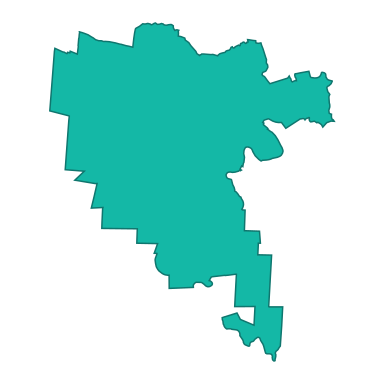 Vanatori, Vrancea, Romania
{"feature_id": "2599482B46721958149963", "entity_name": "Vanatori", "entity_type": "district", "adm_level": 2, "iso_a3": "ROU", "parent_name": "Romania", "parent_adm1": "Vrancea", "projection": "orthographic", "projection_center": [27.293, 45.717], "detail": "fine", "context": "isolated", "style": "filled", "palette": "teal", "viewbox_px": 384, "rotation_deg": 0, "n_neighbors": 0, "source": "geoboundaries", "source_scale": "gbopen_adm2", "svg_char_len": 5869}
<svg xmlns="http://www.w3.org/2000/svg" viewBox="0 0 384 384"><path d="M169.2,288.4L193.4,287.4L193.3,286.2L193.4,284.9L194.1,283.9L195.3,282.7L196.1,282.3L201.2,282.4L202.1,282.8L204.2,284.4L205.5,285.7L206.4,286.3L207.6,286.7L208.7,286.7L209.8,286.5L211.5,285.5L212.1,284.8L212.3,284.3L212.4,283.8L212.2,282.9L211.7,282.1L210.9,281.4L210.1,280.8L209.2,280.6L211.2,277.1L211.5,277.0L212.6,276.7L224.8,275.3L225.1,275.5L228.9,275.1L235.9,274.2L236.4,274.3L234.7,306.6L255.0,306.5L254.0,325.2L240.5,319.5L240.3,319.3L237.0,313.0L222.2,317.6L222.3,319.6L222.9,321.1L223.1,321.9L223.0,322.2L223.2,322.8L223.2,323.9L223.9,325.2L224.3,326.5L225.2,327.7L226.4,328.8L227.0,329.0L227.8,328.8L230.7,328.8L231.8,329.3L236.6,329.9L238.0,330.6L238.6,331.1L239.4,332.3L239.7,333.1L239.9,334.1L239.9,335.7L242.7,339.8L243.4,341.6L243.4,342.4L244.3,344.1L245.2,344.8L248.0,346.0L249.0,346.2L249.5,345.9L249.8,345.2L249.8,344.1L250.0,343.2L250.4,342.7L251.4,341.8L251.9,341.6L252.6,341.6L253.6,341.0L255.0,339.2L257.0,337.7L257.8,337.3L258.4,337.3L259.5,337.8L259.9,338.3L260.6,340.4L262.9,344.1L263.7,346.2L265.2,351.8L265.7,353.2L266.9,353.8L269.6,353.8L270.9,354.1L271.5,354.4L272.2,355.6L272.4,356.2L272.2,357.4L272.6,359.8L273.5,360.7L274.0,361.0L274.5,360.9L275.0,360.7L275.1,360.3L275.1,359.0L275.4,358.3L275.8,356.3L275.8,354.4L275.5,353.8L275.3,353.3L275.3,352.9L276.0,351.3L277.5,350.1L278.1,349.4L279.2,347.5L280.3,346.1L281.7,325.7L282.7,306.9L269.1,306.9L268.7,306.5L271.6,255.1L257.8,254.8L258.3,244.5L258.3,243.2L260.4,243.2L259.5,231.2L244.4,230.7L245.1,210.1L242.4,209.9L241.8,209.3L242.4,208.4L243.1,206.6L243.5,204.9L243.4,202.9L243.2,202.1L242.7,200.7L241.6,199.0L241.0,197.5L240.9,197.1L239.8,196.6L239.2,196.0L237.7,193.7L236.2,192.0L235.7,191.6L235.0,191.3L234.7,191.0L234.7,189.5L234.4,188.5L234.1,187.4L232.7,184.6L231.5,179.8L231.1,179.4L228.1,178.6L227.1,177.9L226.8,177.6L226.6,177.1L226.2,175.8L226.1,175.1L226.1,174.6L226.8,173.4L227.3,172.8L228.4,172.2L230.2,172.0L232.5,172.4L235.2,172.1L238.4,171.2L239.7,170.4L240.1,170.4L240.4,170.7L241.4,170.1L240.0,169.2L241.7,165.9L242.8,166.6L243.2,164.1L243.4,163.2L243.9,162.3L244.5,157.2L243.7,153.7L244.0,150.5L244.9,148.3L245.8,147.3L247.1,147.0L248.2,147.0L250.5,147.9L251.5,148.8L252.1,149.7L252.9,151.8L255.2,155.8L258.8,159.4L260.9,160.9L261.5,160.9L262.4,160.3L266.6,160.0L269.1,159.6L271.1,159.0L272.3,158.4L277.4,157.3L279.8,156.3L281.1,155.4L281.7,154.6L282.1,153.8L282.5,153.2L283.0,151.3L282.9,150.2L282.0,147.6L280.6,145.2L278.0,140.0L275.3,135.7L272.1,132.3L270.6,131.5L268.4,129.8L267.4,129.2L267.9,128.6L267.2,127.8L263.5,124.8L263.4,124.6L263.9,123.1L262.7,122.5L264.0,120.3L264.8,119.9L268.3,118.8L269.4,119.2L272.8,121.1L275.7,122.1L278.2,122.5L281.5,122.5L285.8,128.3L300.3,118.9L301.1,118.9L302.4,118.6L303.7,118.6L304.5,119.1L305.0,119.9L305.8,118.9L306.5,118.4L308.4,117.9L308.9,117.5L309.3,117.6L309.4,118.0L309.2,119.5L309.3,120.1L310.0,121.4L310.7,121.9L312.1,121.7L314.2,121.2L314.6,121.3L316.9,122.8L317.9,122.3L320.4,123.8L321.6,124.9L322.8,127.1L326.7,122.7L331.0,121.1L334.2,121.3L333.3,119.9L332.1,119.2L331.6,117.9L331.4,116.4L331.5,114.2L330.4,113.9L329.2,113.2L328.8,110.4L329.8,107.0L329.8,105.7L329.7,104.3L329.3,103.0L328.9,97.3L329.1,95.9L329.8,94.4L327.8,91.7L326.8,87.8L326.9,87.3L328.0,86.1L329.0,85.7L330.6,84.2L331.1,83.7L332.2,81.4L332.2,81.0L328.5,80.0L327.3,79.2L327.0,78.8L326.4,77.7L326.0,77.2L325.7,74.4L325.5,73.8L324.5,72.9L322.9,72.4L322.0,72.3L321.5,72.6L321.0,74.4L320.1,76.0L319.4,76.7L318.3,77.4L316.5,77.9L314.7,78.0L311.1,77.5L310.5,76.9L310.2,76.2L308.9,71.3L300.5,72.8L296.7,73.6L295.1,73.8L294.8,74.5L294.8,75.6L295.2,77.2L296.0,78.3L296.2,79.3L296.4,80.7L295.4,80.6L293.7,81.2L292.3,81.9L291.7,81.5L291.3,80.7L290.7,78.6L290.1,78.0L289.2,76.0L287.7,78.1L269.9,83.7L267.4,80.6L265.0,77.2L264.2,76.4L262.8,75.7L262.3,74.9L262.0,74.7L262.6,72.6L262.8,72.4L265.5,71.3L266.1,70.7L267.8,67.5L267.8,66.1L267.4,64.4L266.5,63.6L266.3,62.2L266.5,59.6L265.7,57.4L263.0,48.8L261.6,45.3L260.9,42.9L258.8,43.3L257.2,43.2L255.9,42.8L255.7,40.7L252.9,40.4L248.6,39.7L247.6,39.6L248.1,41.9L246.8,42.3L246.6,43.1L245.5,43.4L244.1,42.2L243.2,42.1L241.4,43.4L240.8,43.4L240.5,43.7L240.1,45.6L239.7,45.7L239.2,45.3L238.6,45.1L236.1,46.3L234.7,47.2L234.5,47.7L233.6,48.0L232.7,47.6L232.3,46.8L231.1,47.3L230.1,49.4L229.1,50.2L227.9,50.4L226.4,50.9L225.8,51.3L225.1,52.3L224.8,52.4L222.2,53.0L219.9,53.7L218.0,55.2L217.7,55.8L212.8,54.4L211.1,54.6L203.5,54.0L201.7,54.0L201.3,54.5L200.0,54.9L199.9,55.0L199.7,55.5L196.9,53.7L195.9,51.4L190.8,45.6L188.8,42.6L185.3,40.1L184.8,38.1L181.0,36.6L178.3,36.1L178.5,33.0L178.2,31.8L178.4,31.2L178.8,30.3L177.0,29.8L175.7,30.0L175.0,30.5L174.3,29.7L173.5,28.1L173.3,27.1L173.3,25.8L171.6,24.6L170.4,24.5L168.1,24.8L167.0,25.2L165.0,25.1L163.8,24.7L163.4,24.1L161.5,23.5L159.5,24.2L157.3,24.4L155.5,23.0L154.3,23.3L152.3,24.5L151.2,24.8L150.4,24.1L148.2,23.5L147.2,23.5L146.0,23.9L144.6,24.0L142.7,23.8L139.5,26.3L135.9,28.3L135.4,29.0L134.6,32.9L133.8,38.3L132.8,47.2L128.8,46.2L126.1,45.7L120.8,44.2L120.1,44.2L115.4,42.9L109.3,41.7L105.1,41.4L104.0,41.5L103.1,41.4L101.7,40.8L98.6,40.7L95.6,39.7L93.1,37.8L91.6,37.0L88.1,34.8L84.2,33.3L81.5,32.4L80.7,32.3L79.7,31.8L79.4,31.8L79.6,32.8L79.3,33.9L79.0,37.5L78.7,38.7L78.1,45.7L78.3,46.5L77.3,54.1L70.2,51.2L69.8,52.9L67.6,52.3L67.2,53.4L67.0,53.6L65.5,53.0L64.3,52.2L62.7,51.9L54.9,48.3L54.4,51.4L49.8,110.9L68.0,115.6L69.1,115.9L69.3,116.1L68.8,120.6L65.2,169.7L84.3,171.2L74.8,180.2L95.4,183.6L97.1,183.5L94.1,196.6L91.3,208.1L102.9,207.5L102.7,208.1L102.6,209.2L102.0,222.2L101.8,228.4L137.3,228.8L136.8,243.2L157.6,243.6L154.2,253.3L156.9,253.4L157.0,253.9L155.4,258.2L155.1,259.9L155.5,263.1L156.2,266.4L156.5,267.2L157.7,269.3L158.9,270.9L162.4,273.6L164.2,274.5L165.5,274.9L168.3,275.3L169.1,275.2L169.2,288.4Z" fill="#14b8a6" stroke="#0f766e" stroke-width="1.5"/></svg>